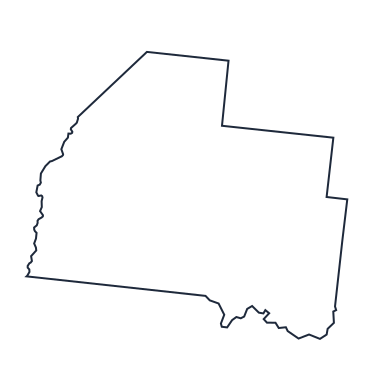 the district of Terrell, Texas, United States of America, rotated 96°
{"feature_id": "52423323B84594382337875", "entity_name": "Terrell", "entity_type": "district", "adm_level": 2, "iso_a3": "USA", "parent_name": "United States of America", "parent_adm1": "Texas", "projection": "natural_earth1", "projection_center": [-101.952, 30.22], "detail": "fine", "context": "isolated", "style": "outline", "palette": "slate", "viewbox_px": 384, "rotation_deg": 96, "n_neighbors": 0, "source": "geoboundaries", "source_scale": "gbopen_adm2", "svg_char_len": 1322}
<svg xmlns="http://www.w3.org/2000/svg" viewBox="0 0 384 384"><g transform="rotate(96 192 192)"><path d="M129.4,313.4L131.0,313.0L135.1,313.8L136.3,314.7L141.0,319.0L142.3,319.1L144.6,317.3L145.7,317.4L146.7,318.7L146.8,321.0L150.9,321.1L155.4,324.3L163.1,326.4L168.0,324.1L168.8,324.2L170.0,325.1L175.9,334.6L176.5,336.4L181.6,340.5L189.4,344.2L196.4,344.0L198.5,343.3L200.6,344.2L201.7,346.2L208.6,346.8L211.8,344.7L212.0,344.1L211.2,341.6L211.8,340.6L213.1,340.1L216.8,340.6L222.7,339.8L226.9,341.1L230.7,337.8L231.9,337.8L233.1,338.9L235.1,341.7L236.8,342.6L238.9,342.3L241.4,342.9L243.8,345.3L245.9,345.0L247.4,344.1L248.9,342.3L254.6,342.3L259.7,343.6L263.6,341.4L266.4,340.8L272.6,345.3L277.4,344.0L279.0,345.0L279.9,346.3L282.7,347.7L284.4,347.5L286.0,345.7L288.5,345.3L292.5,347.1L293.2,347.7L293.9,167.7L297.9,163.0L300.1,153.9L310.7,147.1L319.8,149.5L322.9,148.3L323.0,142.9L315.2,138.7L311.7,134.8L312.5,130.3L310.4,127.1L302.5,124.9L299.1,120.3L305.0,112.9L305.3,108.3L301.8,106.7L304.5,102.6L310.9,107.4L314.1,103.8L313.3,95.3L318.2,91.5L316.7,84.5L320.3,82.3L326.6,70.7L321.5,60.7L324.7,49.4L319.7,43.2L313.9,42.8L307.3,37.2L296.1,39.0L294.4,36.3L290.9,37.8L224.0,37.4L183.1,36.8L182.9,57.6L123.2,57.1L123.0,169.1L57.6,169.4L57.4,251.5L129.4,313.4Z" fill="none" stroke="#1e293b" stroke-width="2"/></g></svg>